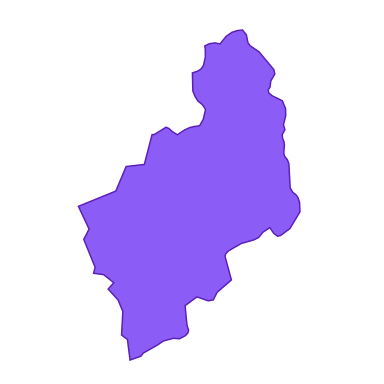 Hrazdan, Kotayk, Armenia, rotated 68°
{"feature_id": "60910142B58018566981737", "entity_name": "Hrazdan", "entity_type": "district", "adm_level": 2, "iso_a3": "ARM", "parent_name": "Armenia", "parent_adm1": "Kotayk", "projection": "orthographic", "projection_center": [44.645, 40.538], "detail": "fine", "context": "isolated", "style": "filled", "palette": "violet", "viewbox_px": 384, "rotation_deg": 68, "n_neighbors": 0, "source": "geoboundaries", "source_scale": "gbopen_adm2", "svg_char_len": 1434}
<svg xmlns="http://www.w3.org/2000/svg" viewBox="0 0 384 384"><g transform="rotate(68 192 192)"><path d="M60.7,84.5L59.3,89.6L58.9,95.2L60.5,102.1L65.2,110.6L62.3,114.9L61.6,118.0L61.0,120.4L61.3,124.3L61.4,125.5L64.3,126.1L71.7,129.0L78.8,133.8L81.3,137.5L82.1,141.4L81.7,147.0L98.7,153.4L104.5,153.4L110.0,152.4L114.6,149.8L117.7,149.0L120.7,148.6L128.9,154.4L133.4,160.1L132.0,166.1L131.4,169.9L131.7,175.7L133.4,184.1L129.0,187.4L124.5,189.6L122.2,191.8L124.6,205.4L124.3,206.2L123.8,207.5L148.6,225.9L143.7,243.5L162.6,262.3L162.7,302.7L187.8,301.3L195.4,310.1L225.5,310.0L230.5,313.7L235.5,304.9L246.8,298.5L250.6,306.1L264.4,301.0L276.9,300.9L298.3,310.9L304.5,307.1L324.6,312.4L325.1,300.8L323.1,297.6L321.6,286.3L320.9,281.2L319.4,274.5L320.6,264.3L323.4,258.5L322.7,251.8L321.2,248.7L319.0,247.0L313.4,246.5L294.8,241.0L291.1,226.8L299.0,217.7L300.0,212.6L294.4,206.3L288.3,188.4L264.1,185.5L261.9,183.9L260.2,180.0L258.2,165.7L259.6,152.1L259.1,147.2L255.9,141.4L254.2,133.2L261.0,131.7L265.1,129.2L265.5,126.1L262.6,114.9L250.8,99.3L242.0,96.2L236.8,95.9L233.9,96.5L230.0,98.7L224.9,99.4L201.8,91.5L197.8,91.5L193.7,92.7L190.7,92.5L183.2,88.8L180.0,87.9L176.1,87.9L172.7,86.9L169.0,82.5L163.9,82.0L156.3,76.5L149.7,74.0L141.2,74.1L132.7,81.7L128.8,83.7L126.1,83.2L123.9,80.3L118.5,77.3L113.6,71.0L109.2,70.3L87.0,77.4L78.1,83.4L74.4,84.2L66.7,82.7L60.7,84.5Z" fill="#8b5cf6" stroke="#5b21b6" stroke-width="1.5"/></g></svg>